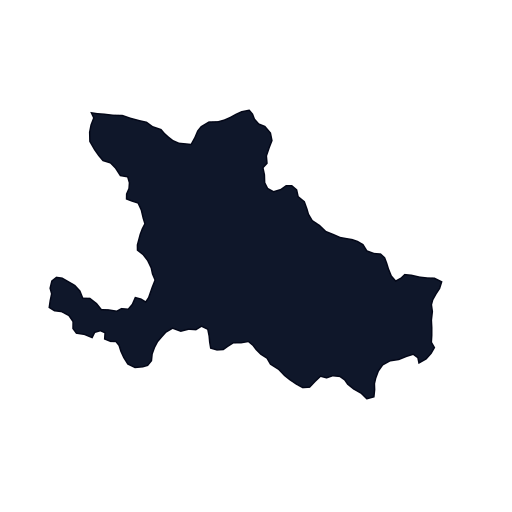 outline of Itabirinha, Minas Gerais, Brazil, rotated 285°
{"feature_id": "56859067B37396516531854", "entity_name": "Itabirinha", "entity_type": "district", "adm_level": 2, "iso_a3": "BRA", "parent_name": "Brazil", "parent_adm1": "Minas Gerais", "projection": "orthographic", "projection_center": [-41.25, -18.552], "detail": "fine", "context": "isolated", "style": "filled", "palette": "ink", "viewbox_px": 512, "rotation_deg": 285, "n_neighbors": 0, "source": "geoboundaries", "source_scale": "gbopen_adm2", "svg_char_len": 2708}
<svg xmlns="http://www.w3.org/2000/svg" viewBox="0 0 512 512"><g transform="rotate(285 256 256)"><path d="M134.8,118.8L140.5,119.9L143.6,125.0L142.8,130.1L136.7,131.3L135.9,137.7L137.2,142.8L134.2,146.9L129.0,150.2L123.7,154.6L118.5,160.2L117.0,168.0L119.7,175.3L122.3,179.6L127.8,182.1L134.5,181.0L141.5,181.6L147.7,183.0L153.6,185.8L159.1,188.6L164.7,194.1L163.9,202.8L167.9,209.9L169.3,217.0L174.1,221.5L172.8,228.4L166.5,231.5L161.0,233.5L155.3,236.1L155.2,242.6L157.2,248.6L161.4,252.0L166.3,256.5L168.4,264.1L171.5,270.8L169.0,276.2L165.7,280.4L162.4,286.1L160.2,293.1L155.3,298.0L152.4,307.3L148.0,314.5L145.3,320.7L142.6,328.5L141.0,335.2L143.2,341.7L150.2,345.5L156.6,349.4L156.6,355.7L160.2,361.0L161.4,368.2L159.3,373.8L155.9,377.8L152.8,384.9L150.7,393.1L146.8,400.0L150.5,406.3L157.5,405.2L163.4,403.4L169.0,403.2L176.5,403.9L183.6,406.5L189.4,412.5L193.0,420.7L198.0,427.3L201.8,433.3L199.7,438.7L194.9,441.1L200.6,446.9L207.3,450.3L213.7,452.0L218.0,447.7L224.8,446.3L232.3,444.3L239.4,442.0L248.0,440.7L254.4,438.0L259.5,438.0L266.2,439.7L272.2,441.7L279.1,442.0L280.7,434.0L279.1,427.5L277.9,419.5L277.6,411.1L276.5,404.5L272.2,401.9L267.9,397.4L271.7,391.8L277.8,387.2L282.9,384.0L287.5,380.7L290.1,375.8L288.9,369.3L289.6,361.7L294.6,356.4L296.3,350.3L296.7,344.6L296.1,338.4L295.6,332.4L296.7,325.3L297.7,317.0L301.8,309.6L304.7,301.1L309.9,295.8L314.4,293.1L320.9,288.6L324.2,281.3L330.4,278.1L333.1,272.4L331.7,267.0L326.6,262.8L322.6,256.3L324.2,249.7L329.0,245.4L336.6,243.1L343.1,239.8L348.4,242.6L355.4,240.1L364.6,240.7L371.6,241.5L378.5,238.1L383.4,231.0L384.2,224.4L387.8,219.0L392.1,215.9L395.0,211.7L391.6,204.8L387.7,200.1L383.2,195.4L379.1,190.3L375.8,184.7L373.2,175.9L366.7,169.6L361.7,167.4L354.6,166.4L346.9,164.5L346.0,158.9L344.9,152.3L345.9,145.8L348.1,140.6L350.6,135.7L353.5,131.5L354.1,122.5L356.8,115.6L356.5,108.5L356.5,98.9L357.1,90.6L354.9,81.5L353.6,72.4L352.3,65.6L351.7,60.0L347.4,63.6L339.9,62.8L332.5,63.3L323.7,65.9L316.9,72.7L312.4,78.1L308.6,83.5L308.3,91.4L304.6,97.6L298.6,104.2L299.3,111.6L294.0,114.8L288.3,115.9L282.4,115.0L277.6,116.2L277.0,121.9L276.7,128.4L270.8,133.3L263.5,137.2L258.4,140.4L253.0,139.2L247.1,138.6L241.5,138.6L236.0,138.6L231.0,140.0L228.2,146.6L223.7,152.5L217.4,157.9L211.9,160.7L206.7,164.8L199.0,163.9L188.0,163.1L183.0,161.4L184.6,156.0L184.6,150.2L177.3,149.1L171.5,146.4L170.3,139.7L166.6,135.8L165.7,127.3L164.1,120.5L168.7,114.3L172.0,106.5L170.3,99.6L176.6,94.9L180.6,88.6L182.5,81.6L184.4,74.4L183.7,68.8L179.0,65.3L171.6,65.5L166.6,68.4L159.6,68.8L152.8,69.6L151.0,75.5L152.0,82.6L150.1,90.7L145.3,96.3L138.6,98.0L135.0,102.5L135.9,110.5L134.8,118.8Z" fill="#0f172a" stroke="#020617" stroke-width="1.5"/></g></svg>